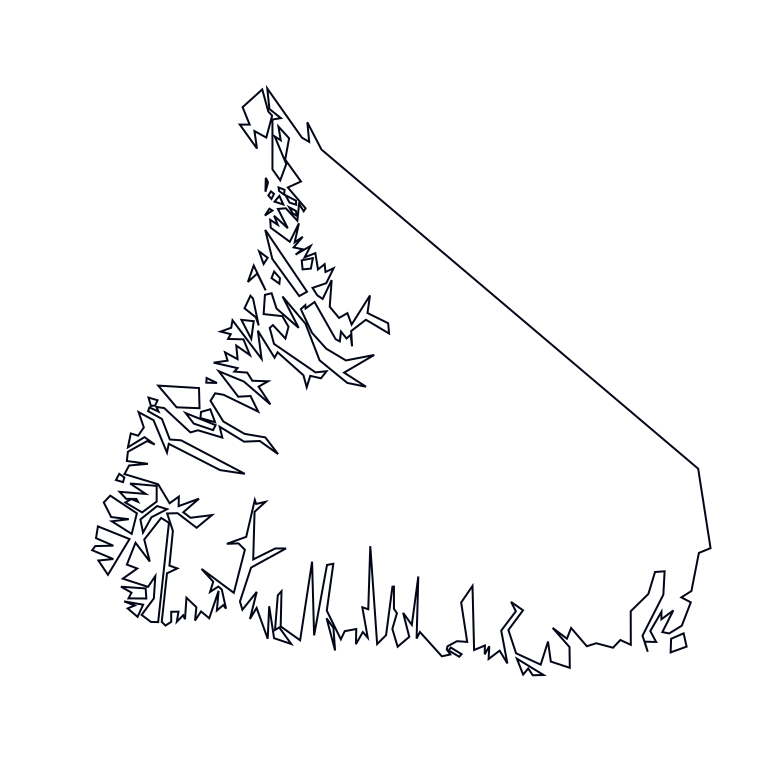 outline of Kommune Kujalleq, rotated 84°
{"feature_id": "GRL-2740", "entity_name": "Kommune Kujalleq", "entity_type": "state/province", "adm_level": 1, "iso_a3": "GRL", "parent_name": "Greenland", "parent_adm1": "", "projection": "orthographic", "projection_center": [-44.745, 61.276], "detail": "fine", "context": "isolated", "style": "outline", "palette": "ink", "viewbox_px": 768, "rotation_deg": 84, "n_neighbors": 0, "source": "natural_earth", "source_scale": "10m", "svg_char_len": 6188}
<svg xmlns="http://www.w3.org/2000/svg" viewBox="0 0 768 768"><g transform="rotate(84 384 384)"><path d="M581.4,76.4L584.9,88.5L622.0,99.9L627.3,110.6L633.2,101.7L655.5,113.1L661.9,126.5L659.8,133.1L639.4,119.9L647.0,132.7L639.6,131.9L657.5,145.0L669.0,140.3L667.5,151.7L677.9,149.7L661.3,153.2L622.7,128.2L599.6,124.5L599.3,134.1L620.4,143.0L635.8,162.4L669.2,165.8L663.3,175.7L670.2,183.8L664.0,200.0L666.0,209.7L646.2,223.4L656.4,228.7L644.2,241.8L665.0,227.0L685.7,228.9L677.5,247.1L657.3,247.8L679.5,257.5L665.6,280.8L641.7,286.0L623.6,269.4L614.0,280.4L623.8,276.6L641.5,293.2L674.8,290.5L661.3,296.9L668.4,308.7L655.8,306.7L663.4,312.1L654.6,311.0L658.0,322.2L594.1,317.1L609.4,330.1L649.2,328.2L647.4,338.3L651.5,348.3L654.6,349.3L659.9,346.3L660.9,354.9L634.4,374.2L640.6,378.2L579.0,370.0L626.4,381.5L613.6,388.9L638.1,385.3L646.7,397.9L628.4,401.3L613.3,395.1L608.6,397.6L586.5,395.3L586.5,396.8L634.0,408.2L641.9,418.0L543.8,414.6L606.4,423.2L603.8,428.9L634.6,426.7L628.5,431.0L639.8,439.1L624.8,437.2L625.7,448.9L633.4,453.6L603.4,464.6L557.5,453.2L558.0,459.6L626.7,479.8L553.2,474.1L630.1,494.2L614.3,512.1L579.4,507.6L583.0,511.7L617.2,518.1L615.2,513.6L632.9,503.4L625.3,519.9L593.0,521.4L625.2,526.3L593.4,534.1L603.7,541.9L577.4,532.3L593.7,548.4L585.3,550.0L552.7,535.4L537.3,498.7L536.2,509.3L544.8,532.4L497.6,526.1L488.8,514.2L489.9,523.7L485.8,524.6L521.6,537.0L526.5,557.0L527.3,545.4L534.3,539.7L576.0,555.2L548.8,584.8L562.8,574.5L572.6,578.7L568.1,569.9L571.5,566.8L590.9,564.6L587.1,567.0L591.8,573.9L572.4,570.1L598.7,582.3L591.1,589.7L599.5,596.7L586.4,593.9L575.9,602.8L597.1,606.5L593.0,607.9L598.8,614.9L588.9,612.2L588.3,619.4L598.3,620.5L601.4,626.6L597.3,629.9L549.6,619.6L545.8,608.8L542.2,616.4L508.1,609.3L490.1,613.2L490.9,602.8L507.4,585.4L496.4,568.8L496.8,590.4L490.6,597.0L478.7,580.0L484.0,601.0L474.5,599.8L480.2,609.7L460.1,619.1L446.5,651.5L438.4,646.0L438.7,627.1L433.7,647.8L424.6,645.8L416.0,625.5L420.3,618.3L411.8,627.7L420.2,645.3L406.7,641.0L409.7,633.9L402.1,627.4L386.3,631.0L395.9,617.0L429.5,607.0L421.0,604.3L452.5,556.0L458.8,531.8L418.8,591.7L416.8,602.8L395.6,608.5L386.3,621.5L382.8,619.7L387.9,611.1L383.0,612.8L385.0,605.1L411.9,581.6L410.6,573.8L420.4,550.4L409.3,551.9L426.7,529.2L427.7,513.5L442.6,496.7L424.7,507.6L419.0,527.9L404.5,547.7L382.6,558.3L375.6,552.9L378.0,544.6L398.3,512.0L382.0,518.0L381.4,530.3L354.0,547.0L366.9,523.1L392.4,499.1L373.5,509.0L369.2,499.0L367.0,514.6L358.4,518.8L356.0,531.6L352.9,528.0L345.0,551.2L344.4,537.1L335.9,538.8L344.0,527.0L330.3,526.9L341.3,514.3L324.9,519.1L322.9,534.4L318.4,531.2L314.8,541.0L312.1,530.1L304.8,528.0L346.2,503.1L317.8,503.9L346.4,490.1L341.3,486.5L366.9,463.2L379.2,461.2L368.2,456.5L371.7,446.1L365.3,439.8L365.3,450.9L332.6,489.2L316.3,491.8L313.8,488.3L328.5,477.3L317.1,473.0L305.9,478.0L301.9,496.4L282.9,493.1L282.0,486.3L297.7,483.0L319.2,463.0L286.3,475.8L315.8,455.8L353.7,445.6L379.1,420.4L384.8,402.2L368.5,422.5L354.1,390.7L356.6,419.4L342.9,437.7L325.5,450.3L300.9,458.9L297.3,454.0L300.7,454.1L295.2,444.5L334.4,427.4L337.0,423.5L327.4,421.3L334.8,416.5L331.7,412.1L343.2,411.8L327.9,411.1L318.2,395.3L334.3,373.7L324.0,373.5L311.7,393.0L294.5,388.7L321.5,410.0L309.7,413.0L313.6,421.8L301.5,429.9L275.2,425.2L293.0,436.1L288.8,441.1L280.9,445.0L277.7,430.9L263.6,422.0L266.5,430.5L258.6,430.5L263.2,437.7L246.7,438.6L249.7,449.7L239.0,442.5L246.1,458.4L241.4,451.1L238.7,459.6L229.1,449.4L233.7,458.0L215.3,451.8L232.7,462.8L216.8,480.3L208.8,480.0L214.6,473.0L205.2,475.7L219.0,463.4L198.8,471.2L199.0,463.3L212.5,453.1L196.0,449.6L203.8,445.8L201.1,443.6L178.5,459.1L173.9,445.4L150.5,458.8L129.7,452.7L116.9,462.1L130.8,461.2L126.4,466.8L155.0,458.2L170.6,465.9L158.9,472.5L109.3,467.3L108.8,458.8L98.5,469.2L77.9,469.2L130.4,439.9L135.4,433.1L115.7,432.9L144.3,421.7L501.1,80.4L581.4,76.4ZM499.6,612.4L597.2,633.5L596.3,640.6L588.3,649.2L573.2,635.3L551.1,631.5L561.1,639.9L550.3,664.1L541.7,648.7L536.7,658.6L515.9,647.7L536.1,635.5L513.6,638.7L493.9,619.6L499.6,612.4ZM511.6,653.3L544.9,678.5L529.7,686.5L529.8,671.5L518.8,691.6L515.0,688.1L516.5,670.1L507.2,686.5L495.7,683.4L511.6,653.3ZM118.9,486.4L136.6,485.7L110.9,500.3L112.0,490.5L93.9,495.7L78.3,474.3L100.9,470.6L105.5,467.2L126.6,475.3L118.9,486.4ZM247.9,482.0L218.3,486.0L284.2,450.9L287.7,459.1L247.9,482.0ZM388.8,570.0L385.5,592.7L362.0,608.7L368.7,568.4L388.8,570.0ZM471.3,652.4L463.6,658.2L468.4,632.5L456.4,646.9L461.6,620.7L477.2,622.4L486.4,638.0L474.8,653.7L472.0,647.4L475.5,640.9L472.4,642.3L471.3,652.4ZM506.7,650.6L492.1,669.1L491.8,651.9L487.8,669.2L472.5,675.1L466.4,667.9L486.8,643.3L506.7,650.6ZM252.6,501.2L278.5,491.9L260.9,498.5L268.3,508.7L252.6,501.2ZM572.5,642.8L570.5,660.5L565.1,656.9L558.1,666.8L562.4,642.4L572.5,642.8ZM663.3,112.1L676.8,110.5L680.9,127.0L667.4,125.1L663.3,112.1ZM493.2,640.4L481.7,622.4L485.8,612.8L492.2,629.2L506.6,639.2L493.2,640.4ZM621.2,459.8L643.9,460.5L611.0,465.6L621.2,459.8ZM690.1,255.7L689.2,266.5L682.0,270.3L687.5,276.0L671.0,280.6L690.1,255.7ZM305.3,519.1L307.9,507.0L325.3,511.3L305.3,519.1ZM312.7,502.5L304.4,504.4L294.1,514.8L282.3,507.6L285.4,505.3L312.7,502.5ZM392.2,584.3L407.3,555.8L412.0,558.8L403.5,577.3L392.2,584.3ZM398.7,570.1L392.6,568.9L391.0,559.4L404.3,556.0L398.7,570.1ZM589.8,653.4L580.4,662.4L578.2,655.1L573.0,665.2L578.3,646.6L589.8,653.4ZM251.4,441.6L261.6,444.7L261.5,453.0L252.4,452.9L251.4,441.6ZM273.3,477.6L266.9,484.8L260.7,481.5L267.9,476.4L273.3,477.6ZM239.1,494.3L246.3,486.5L252.1,491.2L239.1,494.3ZM191.2,473.8L186.0,468.4L194.9,465.4L191.2,473.8ZM166.6,480.0L171.4,478.3L180.4,481.8L166.6,480.0ZM372.9,619.6L376.5,610.9L381.5,613.9L381.4,618.1L372.9,619.6ZM445.7,656.7L449.8,652.0L454.3,653.8L451.5,660.6L445.7,656.7ZM653.1,345.1L660.8,335.1L663.1,337.7L655.7,347.6L653.1,345.1ZM365.5,550.0L364.1,560.6L359.5,559.8L365.5,550.0ZM186.0,462.2L192.5,452.4L196.6,452.6L193.7,459.0L186.0,462.2ZM199.9,476.8L204.0,484.8L197.7,479.6L199.9,476.8ZM185.2,463.5L181.1,468.2L177.5,468.3L180.5,462.6L185.2,463.5ZM180.6,476.3L183.4,473.5L188.2,476.6L184.4,479.3L180.6,476.3ZM198.4,459.8L202.6,453.6L207.7,453.0L204.8,456.9L198.4,459.8Z" fill="none" stroke="#020617" stroke-width="2"/></g></svg>